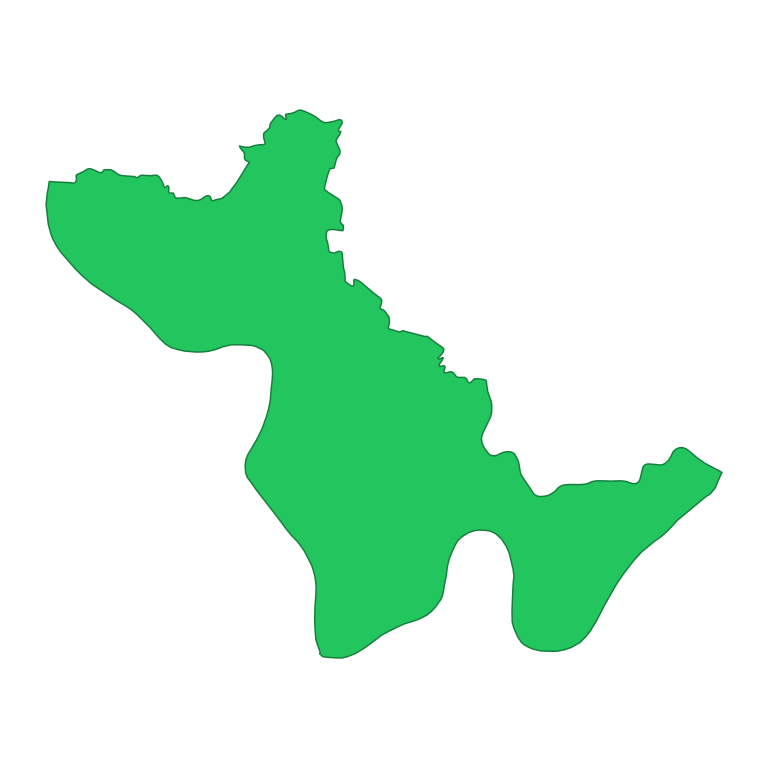 Can Duoc, Long An, Vietnam (Albers equal-area conic projection)
{"feature_id": "81297802B37514703849012", "entity_name": "Can Duoc", "entity_type": "district", "adm_level": 2, "iso_a3": "VNM", "parent_name": "Vietnam", "parent_adm1": "Long An", "projection": "albers", "projection_center": [106.601, 10.538], "detail": "fine", "context": "isolated", "style": "filled", "palette": "green", "viewbox_px": 768, "rotation_deg": 0, "n_neighbors": 0, "source": "geoboundaries", "source_scale": "gbopen_adm2", "svg_char_len": 6102}
<svg xmlns="http://www.w3.org/2000/svg" viewBox="0 0 768 768"><path d="M48.3,224.2L50.9,234.1L52.9,239.1L56.2,245.3L60.5,251.9L75.8,269.4L82.2,275.7L91.9,284.2L115.1,299.7L126.8,306.6L131.3,309.7L136.8,314.3L149.2,326.6L160.1,339.0L165.7,344.2L171.0,347.5L177.9,349.6L184.8,351.1L195.3,352.0L201.6,352.0L208.9,351.2L215.9,349.4L222.7,346.8L231.0,344.8L239.8,344.8L251.7,345.4L255.8,346.5L263.4,350.2L267.9,355.5L270.2,359.3L271.5,363.6L272.4,368.8L272.6,373.5L272.2,380.3L271.2,388.6L270.3,400.1L268.7,408.5L266.5,416.4L262.0,429.0L256.5,440.0L247.8,454.7L245.9,459.7L245.2,464.5L245.2,467.4L245.7,473.2L247.5,477.7L251.2,482.6L256.4,490.0L279.3,519.6L286.5,529.4L291.6,535.6L297.3,541.4L302.1,547.7L304.6,551.5L311.7,565.4L313.5,571.1L314.9,576.3L315.7,582.0L316.1,587.5L315.9,594.4L315.0,606.3L314.7,618.1L315.0,628.5L315.9,639.6L317.6,645.1L319.8,651.0L320.0,652.5L319.9,654.2L320.5,654.4L321.6,655.7L322.8,656.6L325.3,657.1L329.2,657.4L336.3,657.9L342.2,657.9L347.4,656.7L355.1,653.6L362.9,649.0L371.1,643.2L381.5,635.2L388.5,631.4L397.3,627.0L404.5,623.8L415.9,620.3L421.2,618.0L426.8,615.1L431.4,611.4L435.6,606.9L440.7,599.6L442.1,596.7L443.3,591.7L444.7,583.5L446.3,575.5L447.4,566.1L449.5,558.2L451.9,552.2L454.9,545.6L457.7,540.7L461.5,537.1L467.9,532.9L474.2,530.7L479.5,530.0L485.2,530.3L490.3,531.1L495.7,533.7L501.3,538.7L506.2,546.1L509.2,552.9L513.1,569.3L513.9,575.8L513.0,586.1L512.0,610.6L512.2,621.6L513.8,628.0L517.8,637.0L521.2,642.1L524.2,644.8L528.2,647.0L532.3,648.9L540.7,650.9L551.3,651.3L557.6,651.2L564.5,649.7L571.3,647.4L580.1,642.4L585.6,636.8L590.2,631.1L596.7,620.4L604.1,605.9L616.8,583.6L624.1,573.0L633.6,560.7L641.6,551.9L655.1,540.8L660.4,537.2L665.5,532.8L671.0,527.4L677.2,520.4L706.1,496.4L710.1,494.1L715.2,487.9L717.4,482.5L721.9,472.4L708.4,465.1L704.8,463.3L696.3,457.2L691.0,452.6L686.5,449.0L683.1,447.8L680.2,447.5L676.9,448.7L674.8,450.0L673.0,452.0L671.2,455.9L668.9,459.8L665.5,463.2L662.6,464.7L660.7,465.0L648.4,463.9L646.1,464.3L644.9,464.9L643.8,465.8L642.8,467.5L640.0,479.4L638.9,481.4L637.2,483.0L635.2,483.7L631.8,483.5L626.7,481.6L624.5,481.2L620.3,480.8L611.1,481.1L600.4,480.8L595.8,480.9L591.9,481.6L588.5,483.3L585.0,484.2L580.2,484.6L568.9,484.5L563.7,485.0L561.4,485.8L559.4,486.9L557.9,488.1L555.5,490.9L550.9,494.1L547.8,495.6L544.8,496.2L539.4,496.6L537.1,495.9L535.3,495.1L534.0,494.1L532.2,491.6L530.1,488.2L527.0,483.8L521.1,474.8L520.1,471.4L518.9,463.7L518.2,460.9L516.1,456.7L514.4,453.8L512.5,452.5L510.7,451.9L507.4,451.6L503.3,452.4L500.5,453.5L497.9,454.9L494.9,455.8L491.8,455.6L489.8,454.8L488.2,453.2L485.4,449.5L483.3,446.1L482.0,442.7L481.5,439.7L481.5,437.6L482.7,433.3L490.5,417.1L491.5,413.1L491.7,410.7L491.7,404.9L491.1,401.1L487.8,391.8L486.7,384.7L486.4,381.1L485.8,380.2L484.3,379.6L478.5,378.8L475.9,378.7L474.2,379.0L470.8,382.3L469.4,383.0L468.5,382.6L467.7,381.6L467.0,379.8L466.2,378.6L465.2,377.8L464.2,377.4L458.9,377.4L457.1,377.1L455.9,376.1L453.3,372.7L451.9,372.0L450.3,371.8L445.7,372.9L444.5,372.5L444.0,371.5L444.1,370.2L445.1,367.7L444.8,366.2L444.3,365.9L443.3,365.8L441.2,366.3L439.5,366.0L439.2,365.6L439.4,364.0L442.4,359.9L443.2,357.9L442.7,357.7L439.4,358.9L438.4,358.9L438.0,358.6L438.3,357.6L440.4,355.7L443.0,352.5L443.9,349.2L441.9,347.0L435.5,342.7L427.3,336.3L425.5,336.5L423.5,336.2L402.7,330.7L399.4,332.1L392.8,329.9L388.6,328.8L388.3,327.9L389.5,322.3L389.3,319.0L389.0,317.1L384.9,311.3L383.4,309.9L380.9,309.1L379.9,308.1L380.0,307.2L381.4,304.0L381.7,301.4L381.3,299.2L380.1,298.0L373.5,293.0L360.7,282.1L357.7,280.2L355.9,279.9L355.1,279.3L354.2,279.7L353.7,280.6L353.6,281.3L354.1,282.7L353.9,284.9L352.8,286.1L351.3,285.8L348.4,284.0L345.1,281.4L345.1,277.6L344.7,272.6L343.4,267.4L342.3,254.5L341.7,252.2L341.2,251.8L340.0,251.4L338.1,251.4L336.1,252.2L334.8,253.0L333.1,253.0L330.5,252.3L329.5,251.8L328.8,251.0L328.1,245.3L327.3,241.5L326.7,240.0L326.0,236.3L326.6,232.0L327.1,230.8L329.1,229.8L331.3,229.5L334.6,229.6L340.2,230.5L342.9,230.6L343.3,228.4L343.4,226.3L343.2,225.2L341.5,223.7L340.6,222.7L340.2,221.2L341.9,212.4L342.2,208.8L341.9,205.7L340.0,200.5L339.0,199.4L337.6,198.4L328.6,192.7L324.7,189.7L324.4,188.6L325.0,185.3L327.4,175.8L328.5,172.4L329.9,168.9L334.1,168.0L336.2,159.8L337.2,157.4L339.6,154.4L340.0,152.1L339.9,150.1L336.4,142.5L336.1,140.7L336.5,139.3L340.0,134.0L340.6,131.6L340.0,131.7L339.3,131.5L338.7,130.7L338.5,129.9L338.6,129.1L341.7,124.2L342.1,123.2L342.2,122.3L342.0,121.4L341.5,120.6L340.6,119.8L338.9,119.7L334.6,121.1L330.0,122.1L327.1,122.6L324.9,122.6L322.7,122.0L320.9,120.9L315.6,116.8L310.9,114.2L305.0,111.5L301.6,110.3L300.2,110.1L298.7,110.2L296.8,111.1L295.2,112.1L291.6,113.3L287.3,114.0L285.6,114.5L286.3,119.2L284.9,119.2L282.0,116.5L280.7,115.6L279.3,115.1L276.9,115.5L274.4,118.2L270.7,123.0L270.1,124.3L270.0,126.0L269.5,127.8L267.2,130.3L264.6,132.3L263.6,133.8L263.7,138.0L265.2,142.8L264.9,143.7L264.4,144.2L263.4,144.6L259.1,144.8L256.0,145.3L252.9,146.0L249.6,147.2L246.7,147.3L244.6,147.1L239.7,146.1L240.2,147.8L241.8,150.0L243.5,151.8L244.3,153.1L244.5,155.5L244.5,158.6L244.7,159.1L245.5,160.3L249.4,162.4L246.8,166.0L237.2,181.8L232.4,188.1L229.8,191.9L222.3,198.1L221.0,198.8L217.1,199.4L212.8,200.8L212.1,200.7L211.7,200.4L210.2,196.8L209.2,196.0L208.2,195.7L206.8,195.8L205.0,196.6L202.9,198.2L200.5,199.6L198.2,200.5L195.1,200.4L193.1,200.1L186.1,197.7L184.3,197.6L179.0,198.2L177.8,198.2L175.4,197.8L173.2,193.0L169.6,193.1L169.1,192.8L168.7,192.1L168.9,188.0L168.7,186.9L168.3,186.2L167.8,185.9L167.1,185.9L165.3,187.5L164.8,187.6L164.1,186.9L162.9,183.4L161.2,179.9L159.5,177.3L158.0,175.9L156.6,175.2L153.9,175.3L150.9,175.7L141.6,175.2L140.3,175.6L136.9,178.0L134.7,176.6L123.6,175.8L120.0,175.2L116.8,173.6L115.3,172.3L112.0,170.2L110.6,169.7L104.3,169.7L103.8,170.0L102.4,172.0L101.6,172.6L99.5,172.6L94.7,170.3L91.3,169.0L89.5,168.6L87.6,169.0L83.0,171.8L77.2,174.5L76.2,175.2L76.2,176.8L76.5,178.1L76.1,181.1L75.8,181.8L74.5,183.0L72.4,183.1L69.6,182.6L55.7,182.0L49.4,181.4L49.1,182.1L48.3,188.1L47.2,193.2L46.1,204.8L48.3,224.2Z" fill="#22c55e" stroke="#15803d" stroke-width="1.5"/></svg>